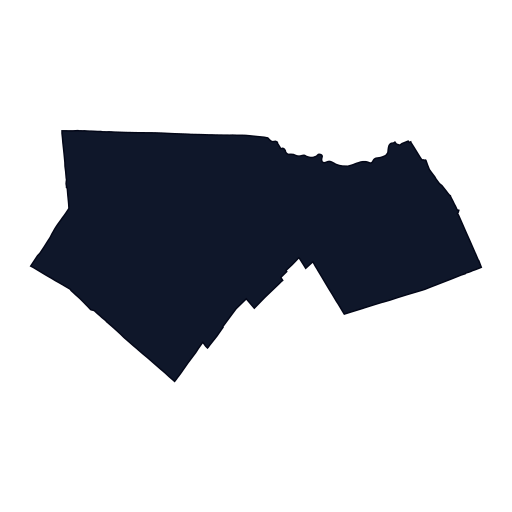 the district of Thoai Son, An Giang, Vietnam
{"feature_id": "81297802B55991258422340", "entity_name": "Thoai Son", "entity_type": "district", "adm_level": 2, "iso_a3": "VNM", "parent_name": "Vietnam", "parent_adm1": "An Giang", "projection": "mercator", "projection_center": [105.279, 10.278], "detail": "fine", "context": "isolated", "style": "filled", "palette": "ink", "viewbox_px": 512, "rotation_deg": 0, "n_neighbors": 0, "source": "geoboundaries", "source_scale": "gbopen_adm2", "svg_char_len": 5993}
<svg xmlns="http://www.w3.org/2000/svg" viewBox="0 0 512 512"><path d="M62.0,130.8L62.0,133.4L62.5,138.1L62.9,142.8L63.4,147.4L63.9,152.0L64.9,162.4L65.0,166.2L65.7,171.7L66.2,177.7L66.5,179.7L66.5,180.1L66.3,181.3L66.1,183.7L66.4,185.7L66.5,186.4L66.5,187.5L67.1,188.0L67.2,188.3L67.3,188.7L67.8,194.8L68.5,202.0L68.7,204.4L68.8,206.3L68.9,207.2L68.9,208.5L66.8,211.7L65.8,213.2L63.9,215.9L62.5,217.7L61.2,219.6L59.9,221.4L57.7,224.4L55.9,227.1L54.6,229.2L53.4,231.4L52.0,233.8L50.1,237.6L49.8,238.0L49.5,238.5L48.1,240.6L44.0,247.1L42.0,250.1L40.5,252.4L39.7,253.5L37.7,255.5L36.3,257.6L30.7,266.1L33.4,267.5L45.3,274.7L47.7,276.1L49.6,277.2L51.4,278.2L55.3,280.6L59.3,282.8L60.5,283.5L67.0,287.3L69.7,288.9L70.0,289.1L70.4,289.4L70.6,289.7L71.0,290.4L71.5,290.9L73.4,292.6L75.6,294.7L77.8,296.6L80.0,298.6L82.1,300.7L83.9,302.5L85.8,304.5L87.7,306.4L90.3,309.2L90.7,309.6L91.5,309.9L92.9,310.2L93.9,310.5L94.4,310.7L96.3,312.5L97.5,313.6L100.2,315.9L101.9,317.5L105.6,320.5L106.7,321.8L111.5,325.9L116.1,330.0L120.7,334.2L123.6,337.1L124.9,338.3L129.2,342.0L133.4,345.7L137.0,348.7L138.3,349.9L142.7,353.7L147.2,357.4L160.5,369.0L165.0,372.8L169.3,376.8L172.8,379.8L173.8,380.7L174.6,381.4L176.4,379.1L177.5,377.5L178.4,376.4L181.2,372.6L183.9,368.7L186.7,364.7L187.8,363.1L192.6,356.7L195.7,352.6L198.4,348.4L201.3,344.3L202.8,342.3L203.3,342.9L204.2,344.1L204.9,345.1L205.7,346.2L207.5,348.0L208.4,347.0L209.2,345.8L209.9,344.9L216.8,336.2L223.0,327.3L222.6,326.9L232.3,313.8L236.1,308.7L246.3,298.8L254.3,308.2L264.0,298.2L265.2,297.0L279.0,283.8L281.4,281.4L282.7,280.4L280.8,277.4L286.7,271.6L285.9,270.5L291.9,264.9L292.1,264.7L295.4,261.3L298.6,257.9L298.9,257.7L299.1,257.8L303.8,265.2L305.7,268.3L312.8,261.8L313.9,263.5L315.3,266.1L317.1,269.0L317.7,270.1L322.1,277.4L326.0,284.0L329.3,289.5L332.3,294.3L336.5,301.4L337.5,302.9L337.8,303.3L339.6,306.3L342.7,311.5L344.3,314.1L350.0,312.3L363.0,308.3L364.1,307.9L375.2,304.4L382.4,302.2L383.0,302.1L390.0,300.1L393.9,298.8L397.5,297.6L406.5,294.8L421.4,290.4L424.9,289.3L430.6,287.0L451.0,279.1L461.2,275.0L464.0,274.1L465.1,273.8L465.9,273.0L466.4,272.9L467.2,272.6L468.7,272.2L470.6,271.5L472.8,270.5L473.5,270.3L475.5,269.6L480.1,267.8L481.3,267.3L480.2,264.4L478.7,260.5L478.2,260.0L477.6,258.6L475.4,253.4L475.2,253.2L475.0,252.6L472.6,247.1L469.8,240.7L466.3,232.9L462.1,223.3L458.4,214.9L458.0,214.5L457.5,213.9L457.4,213.8L457.6,213.6L457.9,213.0L458.3,212.0L458.8,210.3L458.0,210.1L457.1,209.8L456.9,209.4L456.5,208.5L456.1,207.6L455.6,206.5L454.2,203.9L453.3,202.0L452.9,201.1L452.6,200.6L452.2,199.8L451.2,197.9L450.8,197.0L450.5,196.6L450.5,196.1L450.4,195.8L449.3,195.0L447.8,193.2L446.4,191.3L444.5,188.9L441.9,185.6L439.4,183.6L435.9,178.9L434.8,176.9L432.9,174.4L430.8,171.6L429.3,169.5L427.6,165.2L426.2,161.2L426.1,161.3L425.7,160.2L425.3,160.0L425.1,160.0L424.6,160.2L424.1,160.2L423.8,160.1L423.5,159.9L423.3,159.9L423.0,159.9L422.7,159.9L422.5,160.0L422.2,159.9L421.9,159.8L421.6,159.5L421.3,159.1L419.9,157.0L414.0,147.4L411.4,143.3L410.8,142.3L410.7,141.8L409.9,142.1L409.2,142.5L409.1,142.4L408.2,141.1L407.6,141.3L404.2,142.7L402.1,143.5L401.1,144.2L399.8,145.3L399.3,145.0L398.7,144.8L398.1,144.6L397.0,144.3L396.4,144.0L396.2,143.9L395.8,143.3L395.5,142.9L395.2,142.6L394.9,142.1L394.5,142.4L394.1,142.7L393.4,143.0L392.9,143.1L392.0,143.2L391.3,143.3L390.9,143.5L390.4,143.8L390.2,144.0L389.6,144.7L389.1,145.4L388.8,146.4L388.5,147.5L388.2,149.5L388.0,151.7L387.9,152.3L387.8,152.8L387.4,153.4L387.0,153.9L386.6,154.5L386.1,155.1L385.5,155.6L384.2,156.2L382.5,156.9L380.2,157.6L376.0,158.2L375.3,158.5L374.8,158.8L374.0,159.4L373.3,160.4L372.6,161.7L372.1,162.3L371.6,162.7L371.0,163.0L370.3,163.0L369.4,162.8L368.2,162.3L366.9,161.9L365.7,161.7L364.3,161.7L362.7,161.7L361.4,161.9L360.3,162.1L359.3,162.5L356.6,163.3L355.0,163.9L353.6,164.5L352.5,164.9L350.8,165.4L349.7,165.7L348.6,166.0L348.0,166.2L347.2,166.2L344.2,166.1L343.6,166.1L342.8,166.1L341.7,165.9L340.5,165.7L339.4,165.5L337.2,164.8L336.1,164.4L335.2,164.0L334.5,163.5L332.4,162.4L331.6,162.0L330.5,161.6L329.7,161.4L329.0,161.4L327.9,161.6L327.0,161.9L326.0,162.3L325.3,162.5L324.7,162.7L324.2,162.7L323.7,162.7L323.0,162.4L322.3,161.9L321.9,161.5L321.8,160.8L321.6,159.7L321.6,159.0L321.8,158.1L322.1,156.8L322.2,156.2L322.1,155.9L321.9,155.4L321.5,155.0L320.8,154.6L320.0,154.4L319.6,154.3L318.4,154.4L317.7,155.0L317.3,155.4L317.0,155.7L316.7,156.0L316.3,156.3L314.6,156.9L313.6,157.3L312.2,157.5L311.2,157.5L309.8,157.4L309.1,157.2L308.3,157.0L307.9,156.9L307.3,156.7L306.2,156.3L305.7,156.0L304.7,155.4L304.2,155.3L303.5,155.3L302.8,155.4L301.8,155.6L300.7,155.9L299.6,156.1L298.5,156.1L297.7,156.0L296.7,155.8L295.1,155.2L294.4,154.9L293.7,154.6L293.0,154.4L292.3,154.4L291.3,154.3L289.8,154.3L288.9,154.4L288.4,154.3L287.7,154.2L286.6,153.3L286.1,152.8L285.8,152.3L285.5,151.8L285.4,151.0L285.2,150.5L284.9,150.0L284.6,149.5L284.2,149.0L283.7,148.7L282.9,148.3L282.4,148.3L281.9,148.4L281.6,148.6L281.1,148.6L280.5,148.6L280.3,148.3L280.2,147.7L279.9,147.3L279.8,146.9L279.4,146.5L279.1,145.9L278.7,145.2L278.5,144.9L278.0,144.2L277.6,143.5L277.4,142.8L277.4,142.3L276.9,141.9L276.2,141.6L275.9,141.4L275.5,141.3L275.2,141.3L274.7,141.4L273.2,141.6L272.8,141.6L272.4,141.6L271.9,141.5L271.4,141.3L270.2,140.4L269.5,139.8L268.9,139.2L268.5,138.6L268.1,138.2L267.7,138.0L267.3,137.8L266.5,137.7L265.1,137.4L264.0,137.2L257.8,136.6L249.0,135.7L245.7,135.4L242.7,135.3L237.3,135.3L232.5,135.1L229.9,135.2L221.1,135.1L215.2,135.0L212.3,134.9L209.4,134.9L206.6,134.8L203.7,134.7L200.8,134.6L190.5,134.4L189.7,134.3L185.5,134.1L179.5,133.9L173.6,133.7L161.6,133.1L155.7,132.9L149.8,132.8L146.8,132.8L134.9,132.7L132.0,132.6L126.1,132.5L123.2,132.4L117.3,132.2L114.3,132.1L111.4,131.9L108.9,131.8L106.5,131.9L104.4,131.8L102.6,131.8L100.9,131.5L98.1,131.5L92.4,131.2L88.3,131.1L84.1,130.8L83.2,130.9L80.3,130.8L78.9,130.8L78.0,130.6L72.7,130.9L69.4,130.9L65.2,130.8L62.0,130.8Z" fill="#0f172a" stroke="#020617" stroke-width="1.5"/></svg>